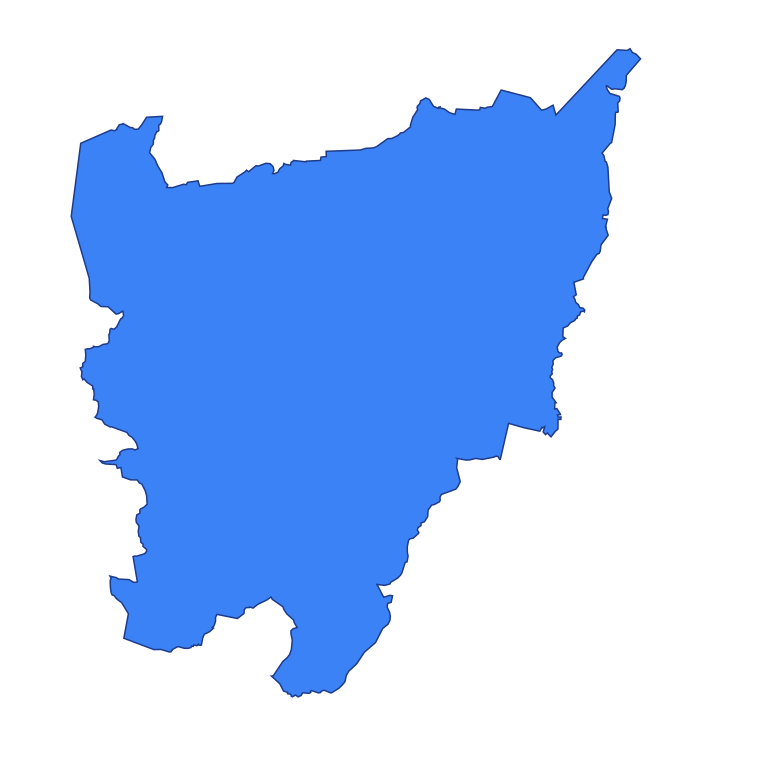 San Diego de Alejandría, Jalisco, Mexico (Mercator projection), rotated 352°
{"feature_id": "50627088B15513266665518", "entity_name": "San Diego de Alejandría", "entity_type": "district", "adm_level": 2, "iso_a3": "MEX", "parent_name": "Mexico", "parent_adm1": "Jalisco", "projection": "mercator", "projection_center": [-102.038, 20.956], "detail": "fine", "context": "isolated", "style": "filled", "palette": "blue", "viewbox_px": 768, "rotation_deg": 352, "n_neighbors": 0, "source": "geoboundaries", "source_scale": "gbopen_adm2", "svg_char_len": 6103}
<svg xmlns="http://www.w3.org/2000/svg" viewBox="0 0 768 768"><g transform="rotate(352 384 384)"><path d="M683.3,97.7L679.5,92.4L676.1,90.3L674.3,86.2L671.3,87.5L661.3,85.5L591.7,141.6L590.2,131.4L582.8,134.3L578.1,134.8L568.9,120.9L540.9,109.2L529.9,124.3L524.9,124.3L522.5,125.0L517.9,123.5L517.1,125.7L514.8,125.8L493.9,121.8L491.7,126.9L486.6,124.4L482.0,120.1L477.7,118.4L478.1,117.4L476.6,117.5L476.1,118.6L471.7,115.9L468.4,108.5L465.3,106.5L459.6,108.7L458.6,111.2L455.6,113.8L455.2,115.0L455.5,117.0L449.7,123.8L446.2,131.2L446.0,133.1L438.3,137.6L435.1,137.7L434.1,138.9L430.9,140.4L425.5,142.0L422.0,141.5L409.7,147.9L406.2,148.7L398.6,148.1L393.1,149.0L359.1,145.5L358.5,150.8L353.2,150.5L352.2,153.8L338.1,152.5L337.9,153.2L325.3,150.0L325.0,150.8L322.9,151.5L321.8,154.3L316.9,152.7L315.6,151.7L314.6,153.9L310.5,156.5L308.4,159.5L304.3,160.6L302.9,160.1L304.8,157.2L304.4,153.3L302.0,150.0L297.7,149.0L290.0,150.7L287.6,150.0L279.4,155.0L277.7,153.1L275.4,154.8L267.2,158.6L263.5,163.6L261.9,164.2L246.6,162.2L229.1,162.6L228.1,156.9L217.5,157.0L215.9,159.1L213.3,158.3L202.1,160.1L196.1,159.2L197.6,156.9L195.1,153.1L193.6,144.2L190.4,136.7L188.4,129.5L184.1,122.4L185.9,117.4L189.0,114.3L189.6,110.4L191.0,108.7L191.7,106.0L194.3,102.3L195.0,102.5L196.3,101.7L197.0,96.3L198.7,95.5L200.2,93.4L202.0,88.1L186.0,86.8L180.0,93.8L176.1,97.4L172.5,97.1L170.6,95.1L168.5,94.8L161.8,89.7L161.1,90.3L158.0,90.4L155.1,93.7L155.0,94.7L152.3,95.7L149.1,94.5L117.2,103.4L97.6,174.5L106.8,238.2L105.7,252.0L104.5,257.7L105.2,260.0L111.7,264.7L114.6,267.9L121.5,269.1L128.4,277.5L131.0,277.3L135.5,275.5L135.7,279.7L134.3,282.0L132.5,282.7L131.0,284.6L127.3,290.2L124.3,292.2L121.5,291.0L120.3,291.7L119.5,295.3L118.4,296.8L118.0,302.4L116.9,304.9L115.2,305.7L111.1,305.7L107.0,307.3L103.6,307.1L101.5,306.2L101.3,307.2L97.0,308.3L96.0,307.8L93.0,308.1L92.7,313.8L91.3,320.1L88.5,321.7L88.1,325.1L85.4,325.8L86.6,330.0L85.4,334.5L86.4,337.9L87.7,337.2L90.1,341.0L95.3,345.5L94.8,348.4L95.8,348.6L95.6,354.0L94.1,359.2L96.5,360.0L98.6,362.0L98.3,366.6L96.5,372.5L95.1,374.9L93.2,376.6L94.8,378.0L99.7,380.2L101.8,384.8L106.9,388.5L108.1,388.4L122.6,396.1L124.2,399.2L127.0,401.6L129.3,405.4L130.7,408.6L131.4,413.7L128.3,414.7L125.7,413.2L121.3,412.7L115.9,413.3L112.9,414.9L112.6,417.5L110.9,418.5L108.7,421.7L107.7,422.1L96.2,422.0L92.1,420.3L94.0,423.0L97.3,424.5L107.4,426.5L108.2,430.4L111.8,430.1L112.1,439.7L119.6,443.6L126.3,444.7L127.8,447.8L130.2,449.3L132.6,456.1L133.4,461.6L132.7,470.1L129.1,472.6L125.4,473.9L124.7,474.7L124.3,478.0L121.0,479.2L119.5,483.6L119.5,486.7L121.7,490.6L120.1,495.7L120.1,500.5L121.4,502.2L121.2,506.9L123.2,509.1L122.7,511.3L125.7,514.5L125.7,516.6L123.2,518.8L114.8,520.1L113.2,519.6L111.5,520.0L112.2,545.4L111.5,545.9L108.4,545.5L104.2,542.2L93.9,540.2L92.2,538.6L85.9,536.1L86.7,538.3L85.5,540.5L84.8,547.1L84.7,552.1L85.3,554.9L87.4,556.1L89.3,559.5L93.9,564.2L98.9,575.9L91.0,599.6L119.2,615.0L126.1,615.8L134.2,619.5L135.8,619.6L137.7,617.4L142.4,615.6L143.9,615.5L149.4,617.9L153.0,618.5L156.1,618.1L157.2,616.8L158.5,617.3L159.3,616.0L162.4,617.1L163.9,615.9L164.4,616.9L166.8,617.2L169.0,610.6L171.2,606.8L176.9,605.0L181.2,602.0L180.1,601.1L181.8,600.0L183.1,597.8L184.2,595.4L184.7,591.6L186.5,588.9L206.2,595.8L213.4,591.8L214.2,588.1L216.2,586.3L219.6,586.6L220.0,586.1L223.1,587.7L228.4,584.6L238.1,581.5L242.5,579.2L243.4,581.7L252.9,590.5L253.4,593.2L255.7,598.1L261.5,604.9L262.0,608.1L264.1,613.1L259.9,613.7L257.5,615.4L257.1,618.4L257.5,624.9L255.4,633.8L252.9,638.7L250.1,641.5L245.3,644.6L233.6,657.7L231.9,657.6L239.0,666.2L241.8,674.1L245.7,675.9L245.4,677.3L247.9,678.0L248.8,679.1L248.7,680.3L249.7,681.0L253.0,679.7L255.5,681.9L258.6,680.9L260.5,678.5L266.9,679.9L268.6,679.2L268.5,677.9L269.4,677.5L276.2,680.8L278.0,680.7L279.8,679.3L282.0,678.9L288.3,682.5L289.4,682.4L296.9,679.1L300.7,676.3L303.8,673.5L306.2,667.3L309.0,663.6L318.0,657.3L327.2,646.9L339.6,638.9L348.7,625.9L354.6,622.4L356.9,619.0L357.9,615.3L357.8,611.0L356.2,605.9L356.3,604.1L357.2,601.8L360.7,601.2L363.0,594.9L360.5,594.1L354.0,595.1L349.2,581.5L356.5,583.5L361.1,583.0L362.3,582.6L362.9,581.3L370.5,578.1L373.5,575.8L375.4,573.6L380.1,563.7L382.1,563.3L383.9,557.7L383.7,553.9L384.4,548.5L386.5,542.3L388.0,540.9L391.6,540.7L397.6,536.6L397.8,535.7L396.7,533.5L397.5,531.1L401.0,529.3L401.3,526.8L404.8,526.1L408.8,521.4L410.1,515.0L414.5,510.4L416.6,510.5L422.5,508.4L423.5,506.8L423.7,503.8L425.4,501.4L440.5,498.1L442.9,495.8L445.9,491.3L444.3,477.0L446.5,468.5L446.0,467.9L454.6,470.7L458.1,471.1L464.5,470.5L471.0,472.4L482.7,471.7L484.8,471.1L486.8,471.6L488.0,474.6L488.7,474.8L501.9,440.3L516.3,446.7L531.7,452.4L534.2,449.2L534.3,449.7L537.3,448.6L534.9,453.6L536.9,456.6L538.9,455.3L542.0,459.6L547.0,454.8L550.0,452.8L551.4,443.2L554.2,443.7L554.5,441.4L555.4,441.3L552.0,441.1L551.5,438.8L554.5,438.9L554.4,438.2L551.7,432.4L549.5,432.5L550.6,426.5L551.9,426.5L548.7,420.5L549.3,415.7L552.8,411.9L551.8,409.0L552.2,406.7L551.5,403.2L549.6,400.9L549.5,399.4L552.1,397.3L551.7,395.3L553.0,393.1L552.5,390.7L554.2,388.2L554.6,384.3L557.6,381.9L563.2,381.1L564.5,379.7L564.1,377.9L562.4,377.8L560.8,375.9L560.6,371.6L563.6,367.5L566.8,365.3L570.0,364.1L567.7,362.0L569.2,353.5L574.0,352.1L576.9,349.4L581.8,347.6L582.7,346.2L584.5,345.7L584.8,343.7L587.3,342.9L588.7,339.9L591.6,339.6L592.5,340.4L593.1,338.7L591.7,336.6L588.5,335.6L587.6,332.5L585.1,329.7L584.9,326.8L583.6,324.0L586.8,322.4L586.2,309.7L596.1,307.7L596.3,306.2L606.7,291.9L612.9,285.2L615.3,284.6L616.7,282.3L618.2,276.5L626.7,267.9L625.6,261.6L625.8,259.3L625.2,259.2L628.2,251.9L623.3,250.5L624.5,247.1L626.7,247.8L629.3,247.5L630.3,244.5L630.0,241.4L635.3,231.9L633.8,225.2L635.9,200.4L635.1,195.2L634.0,194.3L633.5,188.4L632.1,185.7L641.5,177.2L643.0,176.6L649.0,159.2L650.7,148.7L651.4,147.2L653.4,147.4L653.8,146.8L654.6,138.2L656.7,136.5L657.5,134.1L657.2,132.0L648.0,127.6L646.1,123.5L645.5,119.9L646.2,119.6L650.6,123.9L653.9,123.8L660.9,125.7L662.8,124.6L664.4,122.4L666.1,117.7L666.9,112.1L683.3,97.7Z" fill="#3b82f6" stroke="#1e3a8a" stroke-width="1.5"/></g></svg>